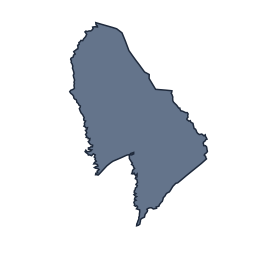 Luiziana, Paraná, Brazil (Robinson projection), rotated 118°
{"feature_id": "56859067B36916274866347", "entity_name": "Luiziana", "entity_type": "district", "adm_level": 2, "iso_a3": "BRA", "parent_name": "Brazil", "parent_adm1": "Paraná", "projection": "robinson", "projection_center": [-52.28, -24.346], "detail": "fine", "context": "isolated", "style": "filled", "palette": "slate", "viewbox_px": 256, "rotation_deg": 118, "n_neighbors": 0, "source": "geoboundaries", "source_scale": "gbopen_adm2", "svg_char_len": 3950}
<svg xmlns="http://www.w3.org/2000/svg" viewBox="0 0 256 256"><g transform="rotate(118 128 128)"><path d="M158.4,61.0L155.7,60.2L154.5,59.9L153.1,58.4L149.1,56.7L142.8,54.2L124.7,46.5L118.4,44.2L117.7,45.3L116.7,46.1L116.1,48.0L114.9,47.9L113.3,47.2L111.6,46.8L110.6,47.5L109.8,48.3L108.8,48.9L107.7,49.9L107.3,51.4L108.0,52.9L106.9,53.6L106.1,54.5L104.9,54.7L103.8,54.0L101.6,53.8L100.8,53.0L99.7,54.4L99.1,55.6L97.8,56.6L99.2,57.3L98.7,60.0L100.3,62.0L100.0,64.0L99.4,65.3L98.2,66.6L97.3,67.9L97.5,69.2L96.7,70.0L94.4,72.0L93.4,72.8L93.4,75.1L92.3,76.5L93.3,77.3L92.9,80.0L91.8,80.4L90.3,80.1L88.9,81.2L87.4,81.5L86.6,82.9L87.4,84.5L87.5,87.5L88.0,89.4L87.2,90.7L86.1,91.6L86.6,92.7L85.8,94.2L85.0,95.9L84.4,98.0L83.8,99.9L82.9,101.2L81.2,102.3L79.6,103.0L78.0,104.7L77.0,106.2L75.7,106.2L74.5,106.7L76.8,112.3L80.9,121.8L74.4,132.6L70.8,134.4L70.8,139.7L66.5,148.6L64.6,152.8L62.2,157.7L59.2,163.6L56.5,166.6L55.2,168.1L52.7,170.9L46.8,178.0L45.7,184.6L46.4,188.4L50.1,205.9L51.9,204.6L52.2,203.1L53.1,202.4L53.8,204.1L54.6,205.5L55.5,206.6L56.4,205.6L57.6,205.6L59.0,206.0L60.0,206.7L60.5,207.9L61.9,209.2L62.2,210.7L63.4,211.1L63.9,209.9L64.7,208.5L65.9,208.4L67.2,208.3L70.3,209.0L72.1,209.0L72.8,210.7L74.3,210.8L75.6,211.5L77.2,210.4L78.6,211.3L80.2,210.0L81.7,209.5L82.6,210.3L84.0,210.8L86.0,211.8L86.8,210.6L87.5,209.4L89.2,210.3L91.0,209.7L92.2,210.5L93.3,211.1L94.4,210.8L95.3,209.5L96.8,209.0L97.8,207.3L99.3,205.8L101.3,205.1L102.4,203.8L104.2,202.0L105.5,201.1L107.1,201.1L108.7,199.8L109.8,198.6L110.9,197.6L112.0,197.4L113.1,197.1L113.9,196.2L115.6,195.8L117.1,194.7L118.0,194.0L119.2,194.3L121.7,196.3L123.3,196.5L124.2,194.9L124.7,192.5L125.4,191.1L127.0,189.8L127.5,188.5L127.3,187.2L128.2,186.0L129.2,185.4L129.8,183.3L130.8,182.1L130.9,180.4L132.2,179.9L133.7,180.1L135.4,178.2L136.7,176.5L137.6,174.2L138.7,172.7L139.4,171.5L140.9,171.4L142.0,170.4L141.8,168.7L144.2,168.8L145.7,167.7L147.1,167.8L147.1,166.4L147.7,165.0L146.8,164.0L148.8,163.6L150.0,164.5L150.7,163.1L151.7,162.1L153.7,162.4L154.6,160.6L155.9,160.5L155.3,158.9L156.2,158.0L155.2,156.7L156.9,156.1L158.7,156.7L159.5,155.0L160.2,153.2L159.8,151.1L161.3,150.6L162.1,152.0L163.4,152.4L164.1,153.6L165.3,153.0L165.0,151.4L164.3,149.7L165.7,150.0L166.9,151.0L168.1,153.2L167.4,154.8L169.0,154.8L169.4,153.5L169.7,151.3L170.5,150.3L169.8,149.3L169.6,147.2L168.3,146.8L167.1,146.5L167.1,144.3L168.3,144.2L169.5,144.2L169.9,142.6L171.3,142.4L172.2,140.4L174.2,141.4L175.8,141.4L174.9,139.9L174.6,137.8L175.7,136.7L176.9,138.1L178.7,139.1L178.7,137.8L178.1,135.9L178.2,134.1L179.3,134.3L180.7,135.0L181.7,133.8L183.1,135.2L184.5,134.7L183.9,133.6L183.6,132.3L182.3,131.8L171.3,128.9L166.9,127.0L164.4,125.7L158.2,120.7L156.4,119.3L154.3,117.7L153.1,116.8L152.0,115.8L150.6,113.7L152.0,113.8L153.3,113.0L154.3,112.5L155.0,111.4L155.6,110.3L156.3,109.2L156.9,107.7L158.5,107.8L158.8,105.7L159.8,104.8L160.6,103.2L162.1,103.8L163.3,104.0L165.2,103.4L166.6,103.3L166.2,101.9L165.0,101.5L165.8,100.1L166.4,99.0L164.4,98.4L166.9,97.1L167.9,98.0L169.3,97.8L169.3,96.0L171.7,94.0L173.3,94.4L174.3,94.4L174.4,92.8L176.2,92.6L177.5,93.3L178.9,92.7L180.6,92.9L182.1,92.2L182.3,90.2L184.0,91.5L184.7,89.6L184.5,88.2L186.4,89.1L187.8,88.9L188.0,87.0L189.3,88.0L191.1,87.8L192.1,86.3L193.4,86.1L193.6,84.6L192.5,83.9L193.2,82.4L195.4,82.6L195.1,80.8L194.8,79.3L196.7,78.2L197.8,77.9L199.1,77.3L200.4,76.6L201.7,76.6L203.2,75.7L205.4,75.6L207.4,75.2L208.6,75.2L210.3,74.5L209.0,73.2L207.2,72.4L206.0,72.9L204.7,73.2L203.7,73.7L202.2,73.8L200.9,73.1L199.0,71.6L197.6,72.0L196.1,72.4L194.2,72.0L192.7,71.8L191.5,72.1L190.9,73.2L189.7,72.6L188.3,71.4L187.4,69.9L187.6,67.6L185.5,65.1L184.5,66.0L182.6,64.0L180.9,64.3L179.3,64.0L178.0,63.8L176.7,63.3L174.3,63.7L173.0,64.1L171.6,63.7L170.5,63.4L168.8,63.5L166.9,62.9L165.2,61.6L163.7,61.3L158.4,61.0ZM150.6,113.7L149.4,113.8L146.9,111.5L148.2,110.8L150.0,112.1L150.6,113.7Z" fill="#64748b" stroke="#1e293b" stroke-width="1.5"/></g></svg>